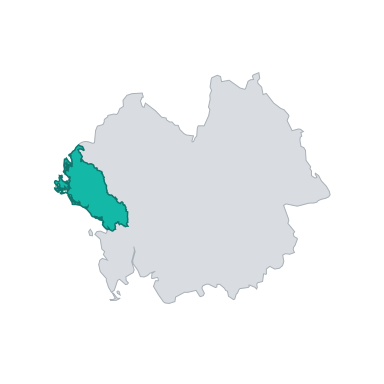 Germany, with Mecklenburg-Vorpommern highlighted, rotated 238°
{"feature_id": "DEU-3488", "entity_name": "Mecklenburg-Vorpommern", "entity_type": "State", "adm_level": 1, "iso_a3": "DEU", "parent_name": "Germany", "parent_adm1": "", "projection": "natural_earth1", "projection_center": [12.667, 53.898], "detail": "fine", "context": "in_parent", "style": "filled", "palette": "teal", "viewbox_px": 384, "rotation_deg": 238, "n_neighbors": 0, "source": "natural_earth", "source_scale": "10m", "svg_char_len": 9389}
<svg xmlns="http://www.w3.org/2000/svg" viewBox="0 0 384 384"><g transform="rotate(238 192 192)"><path d="M167.2,310.3L158.4,305.5L150.5,306.0L149.3,304.4L146.6,304.5L142.6,302.0L139.0,303.5L138.2,304.9L138.4,305.8L142.0,305.9L142.5,306.6L138.8,308.1L132.8,307.6L125.7,309.0L119.8,308.8L116.4,307.6L115.5,305.4L115.8,302.1L117.3,297.7L117.8,294.5L117.2,292.5L118.1,289.5L120.5,285.4L124.2,273.7L132.1,265.4L132.1,262.6L118.6,259.7L116.4,258.9L114.6,256.7L103.9,258.0L103.0,255.8L100.2,254.9L97.2,256.6L96.2,256.4L92.2,251.2L91.2,248.7L89.3,247.2L86.4,246.8L87.4,242.0L90.2,238.5L90.4,235.5L84.5,233.1L81.6,229.8L81.0,225.8L82.8,221.3L87.7,218.6L87.3,214.2L83.2,211.8L83.0,211.1L84.7,209.4L78.7,204.4L80.3,199.4L79.3,197.9L76.4,196.8L75.5,195.3L77.6,195.0L82.6,191.5L82.8,190.9L81.4,190.4L81.3,189.0L84.6,181.6L84.5,180.4L82.1,176.8L82.1,175.6L78.6,171.5L78.7,170.2L84.3,167.7L89.0,169.5L90.8,168.4L93.1,168.5L98.9,166.7L100.4,164.4L98.3,162.6L98.6,161.2L105.1,157.2L106.2,155.2L106.7,151.5L105.9,150.2L105.1,149.4L99.5,148.8L98.2,146.7L98.7,143.8L99.7,143.3L106.4,143.3L109.2,135.1L110.9,132.6L111.6,122.4L108.1,119.4L109.6,113.6L112.1,110.4L114.1,109.6L122.8,109.1L132.3,109.3L136.1,114.0L134.6,116.4L136.9,117.6L138.0,117.2L139.5,112.7L140.3,112.0L144.2,114.9L144.2,118.8L145.4,113.6L144.7,109.9L145.3,106.4L147.6,103.4L154.6,104.6L162.3,104.0L165.2,105.3L171.6,112.2L176.6,113.7L172.8,112.2L164.9,103.9L156.6,101.7L154.8,99.4L155.1,91.0L151.9,89.3L148.6,89.9L148.1,88.0L148.7,86.6L156.3,84.4L156.5,82.1L149.8,74.0L149.6,70.5L155.4,70.7L162.4,72.4L164.0,73.5L173.0,72.0L179.9,74.4L183.0,77.8L183.2,80.8L179.1,84.2L186.0,83.7L187.7,86.3L191.4,85.3L200.6,89.2L207.6,87.2L208.8,90.4L207.4,93.6L202.5,97.0L203.5,99.0L205.1,99.5L209.8,99.1L217.1,101.1L227.1,94.7L234.9,94.0L246.5,84.4L257.8,86.2L260.7,90.3L268.3,94.9L275.1,94.5L277.6,98.8L278.7,104.1L282.7,106.8L288.6,108.0L289.6,113.6L292.6,122.4L292.5,125.1L291.5,128.1L289.6,130.6L285.8,133.7L285.5,135.4L295.3,142.9L298.0,146.7L296.4,152.2L298.0,154.8L299.6,155.7L300.2,157.1L300.3,160.2L301.5,161.2L299.6,166.9L297.7,169.2L298.3,171.2L300.9,174.8L301.0,179.2L306.3,182.1L308.5,188.1L307.2,193.2L302.3,202.2L298.3,201.0L298.6,199.1L297.9,198.9L296.6,196.5L290.8,195.1L289.2,196.2L292.1,199.6L280.2,204.1L271.5,205.9L268.4,209.3L266.8,208.6L263.3,210.1L261.9,212.2L257.7,212.9L255.8,215.6L251.3,214.8L245.8,216.1L243.3,217.5L238.8,223.0L235.2,218.8L234.3,218.8L234.0,220.1L236.2,223.2L237.0,225.7L243.4,230.4L244.8,232.3L241.7,237.4L247.9,246.6L252.5,250.9L255.2,250.9L261.0,256.5L264.8,258.5L267.7,262.4L271.5,263.0L277.2,267.8L278.4,269.4L277.6,275.3L274.8,277.4L269.9,275.5L267.1,282.7L254.7,287.9L251.2,291.1L251.2,292.1L256.2,298.2L256.2,301.0L254.8,303.8L258.3,304.6L258.8,306.0L257.8,311.9L252.5,309.7L251.5,306.5L249.3,305.5L244.0,306.6L236.9,303.9L236.3,307.2L224.1,308.4L215.7,311.6L213.2,313.6L206.5,314.7L205.0,314.5L202.2,310.5L190.9,309.4L189.1,315.6L187.6,317.3L184.2,318.5L184.7,315.7L181.2,314.7L181.0,312.8L178.8,311.0L173.0,308.6L170.5,310.3L167.2,310.3ZM274.7,87.1L275.4,89.3L274.7,90.4L271.9,88.5L269.1,88.6L267.4,91.4L266.2,91.5L261.8,88.9L261.1,87.7L261.4,82.0L262.8,80.7L263.0,78.9L265.4,77.1L267.5,77.0L269.3,79.7L273.4,81.5L273.7,82.2L271.5,84.5L272.0,85.8L274.7,87.1ZM287.3,101.0L287.4,103.5L280.2,103.2L279.6,101.3L280.1,99.5L277.7,97.5L277.7,95.3L287.3,101.0ZM141.5,72.3L139.9,74.8L140.3,70.3L143.1,65.5L144.3,65.6L142.7,67.8L142.4,70.6L148.6,70.9L147.8,71.7L141.5,72.3ZM214.3,86.0L210.5,86.0L207.6,84.4L209.4,82.3L213.1,83.3L214.3,86.0ZM147.4,76.6L146.4,77.4L142.8,76.5L145.5,75.1L147.1,75.4L147.4,76.6Z" fill="#d9dde1" stroke="#a8b0b8" stroke-width="1"/><path d="M288.7,109.0L288.7,110.4L289.6,112.3L289.6,114.5L289.8,115.1L291.2,117.2L292.0,120.7L290.3,121.6L289.6,122.3L289.0,122.5L288.8,123.0L288.5,123.2L284.8,122.7L284.8,122.1L286.9,121.0L287.8,119.9L288.2,119.2L288.3,117.7L286.6,117.7L285.7,117.3L285.1,117.4L284.6,118.0L283.4,117.7L280.2,117.7L278.9,115.8L278.9,115.1L277.7,114.8L277.1,114.0L276.7,114.0L276.6,114.6L277.4,115.9L276.6,116.1L274.9,116.2L273.4,117.2L272.3,118.3L271.0,118.5L270.6,118.7L269.5,121.2L268.9,121.8L266.9,122.8L265.4,122.3L264.2,122.2L263.4,122.8L262.9,124.0L261.9,123.9L261.3,123.2L260.8,123.2L260.0,123.7L259.7,124.3L257.2,126.1L256.5,126.2L255.8,125.9L256.1,125.4L256.0,125.2L253.8,125.5L252.7,125.1L250.9,125.3L250.7,125.0L250.6,124.3L248.7,123.9L247.7,123.2L244.9,122.7L242.8,122.9L240.5,121.3L237.7,120.5L236.9,119.6L235.8,120.1L235.1,119.7L233.6,120.0L233.3,120.6L232.6,120.9L232.3,121.9L231.0,122.6L230.5,122.4L229.1,122.9L228.5,123.4L227.4,123.4L227.9,123.8L228.0,124.2L226.7,124.2L225.6,124.6L225.3,124.0L224.2,123.4L222.0,123.9L220.4,124.9L220.2,125.2L220.6,125.8L220.9,126.8L220.7,127.3L220.2,127.6L219.5,127.7L218.1,127.1L217.3,127.1L216.9,127.2L216.8,128.0L213.8,127.7L212.6,126.6L211.8,127.0L210.8,125.9L209.2,126.9L205.2,124.1L202.9,123.1L201.3,121.8L200.4,121.6L200.2,120.2L199.7,119.6L197.0,119.5L197.6,118.7L198.0,117.0L199.3,116.8L199.6,116.1L201.0,115.8L202.6,114.9L202.9,113.9L202.8,113.2L204.7,113.1L205.3,113.9L205.9,113.3L205.6,113.2L205.9,112.9L205.5,111.3L205.9,111.1L206.0,110.6L205.6,109.6L204.9,109.1L203.5,108.9L202.2,107.7L201.0,107.4L201.4,106.0L200.9,104.5L201.2,103.7L204.3,102.0L204.8,102.1L205.0,102.5L206.2,102.2L204.9,101.8L204.7,101.6L204.8,100.6L205.2,100.6L206.3,99.8L208.5,99.1L211.5,98.8L211.9,99.0L212.3,99.7L213.3,100.1L213.2,101.1L214.5,101.3L215.5,100.6L216.1,101.3L217.1,101.3L218.1,102.3L218.6,102.4L219.0,100.9L218.9,100.4L219.6,99.9L219.4,99.3L220.3,98.6L220.1,98.2L221.0,98.4L221.5,98.1L221.9,97.3L222.8,96.7L222.8,95.8L223.6,94.8L224.4,94.4L225.4,94.3L227.5,94.6L233.4,93.6L234.3,93.1L234.4,95.7L235.0,96.2L234.5,94.7L234.8,94.3L235.5,94.0L235.7,93.6L234.7,93.8L234.9,93.5L236.8,91.6L239.4,90.6L240.7,89.6L243.1,86.7L244.7,84.2L245.5,83.7L245.3,83.9L245.8,84.6L246.9,84.9L252.6,84.9L253.5,85.2L254.1,85.0L254.8,85.1L255.1,85.5L254.5,85.9L253.8,86.0L249.5,85.5L248.9,85.9L247.7,85.8L247.3,86.4L247.2,86.1L246.6,86.4L246.8,86.8L247.2,86.8L247.0,87.0L246.0,86.9L245.3,87.4L244.4,86.9L243.1,87.0L242.6,87.8L242.7,88.3L242.0,88.1L241.9,88.3L242.0,88.7L241.9,89.1L241.2,89.4L241.6,90.5L241.3,90.7L242.4,91.3L243.0,91.4L243.6,91.2L242.4,90.7L242.8,90.1L243.9,89.4L244.1,88.7L246.1,87.9L245.6,87.7L245.6,87.4L246.5,87.4L246.5,87.2L246.9,87.5L249.0,86.8L248.9,86.4L249.1,86.2L250.0,86.1L250.0,86.4L249.4,86.7L249.2,87.4L249.7,86.6L250.5,87.3L250.7,87.0L251.3,87.2L251.8,86.8L252.5,87.9L253.4,87.9L254.0,87.7L254.7,86.6L255.3,86.1L257.3,85.3L257.9,85.5L257.6,85.7L257.8,86.5L259.4,87.4L259.0,88.1L259.1,88.6L259.8,89.4L259.9,90.4L261.3,90.5L260.6,90.9L261.5,90.9L264.3,91.9L265.1,93.1L265.8,93.6L265.1,94.0L266.6,93.7L267.1,93.8L266.6,94.5L267.5,94.5L268.3,95.8L269.1,96.4L269.7,96.4L269.7,96.2L269.0,95.4L272.1,94.9L274.8,93.8L274.9,94.1L274.5,94.3L274.5,94.5L277.2,96.0L276.4,97.9L275.7,98.2L277.0,99.4L278.0,99.8L278.3,100.8L279.7,101.2L279.8,101.5L279.3,102.2L277.5,103.3L277.3,103.7L277.5,104.1L278.7,104.5L279.6,105.5L279.9,105.4L281.7,106.6L282.5,106.8L283.0,107.2L286.8,107.7L287.5,107.5L288.0,107.0L288.4,107.1L288.7,107.3L288.8,107.8L287.4,108.7L288.7,109.0ZM274.4,86.8L275.5,88.1L276.2,88.3L275.3,89.2L275.1,90.4L274.3,90.3L274.8,90.2L274.8,89.6L274.0,89.9L273.3,89.8L273.3,89.6L274.2,89.3L274.8,88.7L273.5,88.8L272.4,89.2L274.3,88.3L274.3,88.1L273.3,88.1L272.7,88.5L272.0,88.1L269.5,88.3L267.8,89.4L267.2,90.2L266.0,90.5L265.9,91.4L266.3,91.2L266.1,90.9L267.5,90.8L267.6,91.9L267.2,92.1L265.7,91.8L264.8,91.3L265.4,90.3L264.7,90.7L264.9,90.9L263.7,91.1L262.3,90.5L262.0,90.3L262.2,89.8L260.8,90.1L260.6,89.8L260.8,89.6L261.5,89.6L261.5,89.4L259.9,88.5L260.8,87.3L261.4,87.1L262.6,87.4L263.7,87.0L263.0,86.8L263.0,85.9L262.3,85.6L261.0,85.7L261.6,84.9L263.5,84.4L263.9,83.9L262.9,83.6L262.7,83.3L262.8,82.8L261.7,83.1L261.2,82.8L261.0,82.1L260.6,82.0L263.5,81.6L264.2,82.1L264.5,82.7L264.7,82.3L264.5,81.8L265.4,81.0L266.2,80.6L265.6,81.8L266.1,82.0L265.7,82.6L266.6,82.3L266.8,82.0L266.1,81.8L266.4,81.3L267.4,82.6L267.3,83.1L267.8,83.6L269.7,83.7L270.0,82.6L269.5,81.5L270.0,81.3L270.0,81.1L269.2,81.5L268.0,81.5L267.6,81.0L267.0,80.8L266.2,79.8L263.8,81.4L263.4,81.3L263.4,80.3L264.1,79.6L264.3,78.8L262.6,79.1L262.8,78.5L263.3,78.1L266.8,77.4L268.1,77.6L268.1,77.8L266.8,78.6L266.6,79.0L266.9,80.0L267.6,80.6L268.6,80.9L271.9,80.4L273.0,80.6L273.7,81.2L273.9,82.1L273.3,82.8L271.6,83.8L271.4,84.3L271.7,85.4L272.2,86.1L274.4,86.8ZM287.3,101.3L286.9,102.2L286.4,102.4L287.1,103.3L284.3,103.5L283.3,103.2L282.0,104.1L280.5,104.3L278.1,104.2L277.6,103.7L280.4,102.6L280.5,101.7L279.6,100.3L279.7,99.5L281.4,99.7L281.0,101.3L281.7,100.6L282.8,100.6L282.4,101.1L283.3,101.3L283.1,100.8L283.4,100.1L283.3,99.2L283.0,98.7L282.4,98.8L281.6,97.6L280.7,97.2L279.9,97.6L280.2,98.2L279.3,99.0L278.5,99.3L278.5,98.9L279.0,98.2L278.6,97.8L277.6,98.1L276.9,98.8L276.4,98.6L277.3,97.0L277.4,96.1L277.2,95.6L275.9,94.5L276.5,93.8L277.4,93.8L278.4,95.6L279.1,96.1L282.4,97.4L287.3,101.3ZM216.5,99.9L216.9,99.2L217.8,98.6L218.8,98.4L219.6,98.6L218.6,100.6L218.3,100.6L218.4,99.8L218.3,99.5L218.0,99.7L218.1,100.2L217.7,100.4L216.5,99.9ZM260.6,80.2L260.0,80.6L259.6,82.4L258.9,83.1L258.8,84.4L258.6,84.4L258.7,83.2L259.6,80.3L259.8,80.1L260.8,80.0L261.0,80.6L260.8,80.4L260.8,80.9L260.6,80.9L260.6,80.2ZM220.4,97.0L220.5,96.6L222.5,95.8L221.0,97.0L220.6,97.5L220.4,97.0Z" fill="#14b8a6" stroke="#0f766e" stroke-width="1.5"/></g></svg>